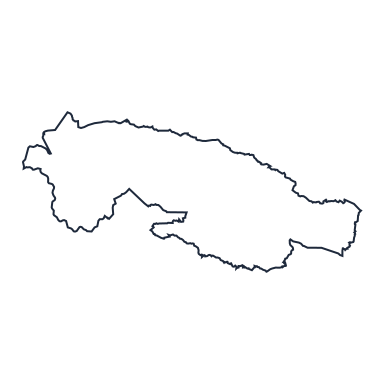 Jilotepec, Veracruz, Mexico (orthographic projection)
{"feature_id": "50627088B17060352314255", "entity_name": "Jilotepec", "entity_type": "district", "adm_level": 2, "iso_a3": "MEX", "parent_name": "Mexico", "parent_adm1": "Veracruz", "projection": "orthographic", "projection_center": [-96.915, 19.611], "detail": "fine", "context": "isolated", "style": "outline", "palette": "slate", "viewbox_px": 384, "rotation_deg": 0, "n_neighbors": 0, "source": "geoboundaries", "source_scale": "gbopen_adm2", "svg_char_len": 6016}
<svg xmlns="http://www.w3.org/2000/svg" viewBox="0 0 384 384"><path d="M231.1,263.3L232.6,266.4L233.7,266.7L234.2,266.6L235.2,265.6L236.5,266.8L236.3,268.5L236.8,268.0L238.6,267.5L238.6,266.0L240.3,266.1L242.1,265.3L242.3,265.8L242.4,265.5L242.8,265.5L243.7,266.0L243.3,267.3L244.6,266.9L244.9,267.0L244.8,267.5L245.8,267.5L247.4,268.6L248.6,268.3L248.8,268.9L251.9,270.2L254.4,267.2L254.8,267.2L254.6,265.9L255.6,266.3L256.9,266.2L257.3,267.0L258.9,267.1L260.1,268.5L261.3,268.6L262.9,269.7L265.6,270.6L266.4,271.7L267.2,271.4L270.3,269.2L272.2,268.5L275.6,267.6L279.6,267.7L281.4,267.3L282.1,266.5L282.6,267.2L283.9,266.1L285.8,265.9L285.9,265.6L285.3,265.0L285.6,264.5L285.2,264.1L285.3,263.7L284.3,263.4L283.8,262.7L284.0,262.4L285.0,262.4L284.5,261.2L283.9,261.4L285.2,259.4L285.2,258.7L286.8,258.2L288.7,254.9L290.6,254.2L291.1,253.6L291.2,251.4L291.8,250.4L293.1,249.7L293.0,248.2L292.5,247.1L290.3,245.0L289.8,243.4L289.7,240.3L290.4,239.4L293.2,241.4L298.9,242.6L300.3,243.3L301.1,243.7L303.0,245.9L304.0,246.0L307.5,247.7L321.5,247.8L338.4,253.5L340.0,255.0L342.4,255.9L342.4,250.7L342.8,248.3L343.2,248.3L343.7,249.0L344.7,249.1L345.2,250.0L346.6,248.6L347.5,248.7L347.4,247.8L349.5,246.7L350.0,245.7L349.5,245.2L349.5,243.5L349.8,243.2L349.2,242.6L350.0,242.2L350.6,242.7L353.3,242.0L353.6,241.5L354.1,237.6L354.8,235.7L354.7,234.3L355.2,234.0L354.8,232.6L354.4,232.3L355.5,231.3L354.7,230.2L355.4,224.8L355.4,224.4L354.9,224.2L354.8,223.2L355.1,222.2L356.0,222.2L357.7,221.0L358.1,215.4L358.6,215.0L358.8,212.9L361.0,210.6L359.9,210.0L354.0,203.9L344.5,199.6L344.3,200.2L344.8,200.9L344.8,201.8L344.0,202.8L343.2,203.2L341.9,201.8L339.7,200.6L338.5,202.2L336.5,201.5L335.4,200.2L333.7,201.2L331.0,201.0L329.8,201.4L329.0,201.1L326.8,202.0L326.1,201.5L326.3,200.1L326.0,199.7L323.4,201.4L323.5,202.8L322.7,203.5L321.9,203.6L320.1,203.3L319.9,202.7L318.9,201.7L316.6,202.0L316.1,202.4L313.4,202.1L312.8,202.6L311.5,201.3L309.4,201.0L305.9,197.7L303.6,196.2L301.1,196.0L300.3,196.4L298.5,195.7L298.0,193.4L295.8,192.7L292.5,190.2L293.9,186.3L295.5,185.2L295.6,183.4L295.2,181.9L293.2,181.2L290.6,179.7L290.0,178.6L285.7,177.4L285.0,176.6L285.2,174.7L284.2,172.9L282.3,173.6L278.3,171.2L277.4,169.9L275.4,169.6L275.2,170.0L274.4,169.4L271.5,169.4L269.4,167.3L268.5,167.3L269.3,166.2L270.1,166.0L266.7,163.9L263.6,164.6L261.3,164.4L260.7,163.7L261.0,163.1L259.2,161.8L258.2,161.9L257.7,160.9L257.0,160.3L256.7,160.4L255.8,158.8L254.7,158.1L254.1,157.3L253.4,155.1L251.6,154.7L251.0,155.0L249.7,155.0L249.0,153.9L244.5,154.6L244.1,153.9L240.4,153.0L240.0,152.7L237.5,153.3L237.3,152.8L234.9,152.7L232.9,152.0L230.3,150.1L229.9,148.3L224.8,145.7L223.2,145.3L223.2,144.3L221.5,143.5L218.5,139.9L217.3,139.6L215.8,140.0L212.4,140.0L205.8,141.0L202.4,140.9L199.3,140.1L197.8,140.2L196.4,139.5L196.0,137.6L193.0,137.3L192.5,136.8L191.1,136.6L188.8,134.9L187.6,134.6L187.8,133.4L184.5,133.4L182.6,134.1L182.4,134.6L181.6,134.7L180.9,135.6L180.3,135.7L177.2,133.6L175.7,133.2L173.5,132.0L172.2,132.1L169.9,129.7L168.3,130.7L158.9,130.7L158.2,131.0L156.2,129.4L154.5,129.7L154.1,129.5L152.6,127.6L152.4,126.5L150.7,127.4L149.2,127.4L147.8,127.0L147.5,126.6L146.0,126.9L145.0,126.8L143.7,126.0L143.0,126.6L138.5,127.5L135.3,126.1L133.9,124.6L130.8,124.2L129.8,123.7L128.4,121.0L127.1,121.7L126.3,121.7L126.0,121.2L127.6,119.2L120.6,123.2L119.1,122.9L118.9,123.2L114.6,121.3L110.9,121.8L107.3,121.3L102.8,121.8L101.9,122.2L94.5,123.2L88.2,125.1L84.2,127.1L81.0,128.0L78.3,127.1L78.0,121.1L75.2,121.5L74.5,120.8L73.5,120.5L72.6,119.2L72.6,118.1L72.0,116.6L71.9,115.6L70.5,113.6L67.5,112.3L55.1,130.0L47.9,130.6L45.3,131.3L44.0,132.1L44.2,133.9L43.3,133.6L43.3,135.7L42.8,136.7L42.7,137.8L50.8,153.5L49.7,153.8L48.4,153.0L47.2,150.2L45.7,148.5L41.0,146.1L39.2,146.0L37.4,145.0L36.8,145.1L35.6,146.2L33.4,147.0L29.9,146.3L28.4,147.6L25.2,159.5L23.2,161.5L23.0,162.1L24.0,166.5L23.7,168.6L26.4,167.1L27.1,167.4L29.9,167.2L32.0,168.4L32.7,169.6L33.9,169.7L37.8,168.3L40.6,169.0L40.3,170.6L40.7,172.0L41.8,173.3L46.8,175.9L47.8,177.1L48.2,178.7L48.1,182.1L48.8,183.2L51.7,183.9L52.7,184.5L54.1,187.0L53.9,188.6L52.9,190.6L52.5,192.8L53.5,195.5L55.0,197.6L55.2,198.7L54.7,200.1L52.8,201.4L52.3,202.1L51.7,207.4L52.1,208.5L53.8,210.6L53.5,214.2L54.0,215.2L56.9,217.3L58.2,219.9L59.5,221.2L60.9,221.4L62.9,220.3L64.1,220.1L66.1,221.0L67.8,227.4L71.0,228.4L72.2,229.3L73.7,231.3L75.0,231.6L76.7,231.0L79.5,227.1L80.5,226.8L81.7,227.1L83.8,229.3L86.0,230.1L87.1,231.2L91.6,231.5L94.6,227.4L97.3,226.3L98.4,220.8L99.7,219.2L102.5,219.2L103.7,218.3L104.8,215.9L107.7,218.3L107.9,217.9L109.1,218.8L113.2,214.2L112.7,207.7L113.2,205.1L115.7,203.6L114.2,199.1L120.3,196.0L121.2,195.4L121.9,194.1L123.9,193.8L124.7,193.3L126.2,192.2L129.2,188.9L144.5,203.4L148.3,206.4L149.1,205.5L150.2,205.9L150.8,204.8L151.3,204.6L153.8,205.0L155.6,204.2L156.2,204.9L158.4,205.0L160.5,206.8L163.2,210.1L166.3,211.3L166.8,212.2L186.6,212.4L185.3,216.2L185.3,217.7L182.9,218.3L183.4,220.3L183.2,221.6L181.0,221.9L179.1,219.4L178.7,221.7L176.7,220.5L175.5,220.8L173.7,220.3L173.0,221.0L172.6,222.1L172.7,223.0L168.0,222.8L167.3,223.3L159.1,223.5L157.8,223.9L156.3,223.3L155.6,223.9L154.0,223.8L152.5,226.1L153.1,226.4L153.7,227.4L150.5,230.1L152.3,231.4L153.7,234.0L154.6,233.9L154.9,234.2L155.2,235.2L156.8,235.5L161.0,237.8L163.8,238.7L164.2,238.6L164.3,237.7L169.6,236.6L168.6,234.9L170.0,235.4L173.0,234.5L174.5,235.6L176.5,235.6L178.0,237.3L179.3,237.9L179.9,238.7L181.5,238.9L183.1,240.1L184.4,241.8L185.9,242.2L186.6,243.3L188.1,243.6L190.4,243.2L191.4,243.7L192.7,243.4L193.7,243.7L194.2,245.7L195.6,246.2L197.9,247.8L198.6,250.2L198.4,252.8L198.8,253.9L200.5,255.2L201.8,254.6L202.2,254.9L202.0,257.0L204.2,255.1L205.0,255.5L205.2,256.4L207.1,256.1L208.6,255.1L209.6,254.9L210.7,255.3L211.5,256.3L212.3,255.6L213.2,255.7L216.0,257.5L217.6,257.5L219.6,258.2L220.7,260.1L223.0,261.0L224.1,262.7L224.7,262.0L225.4,262.4L227.1,261.7L227.5,261.8L227.7,263.1L230.0,264.1L230.3,263.6L231.1,263.3Z" fill="none" stroke="#1e293b" stroke-width="2"/></svg>